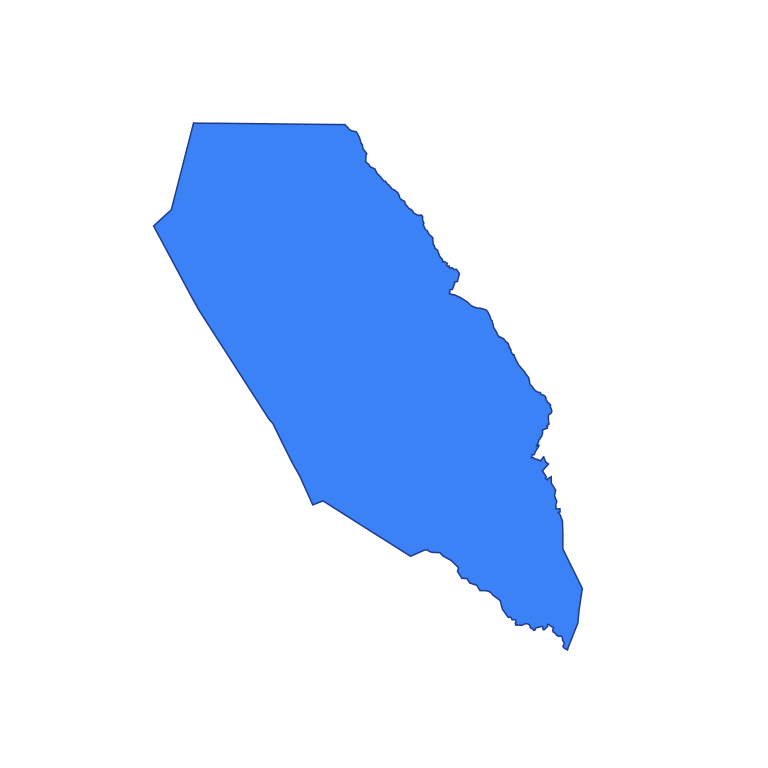 Santiago Tenango, Oaxaca, Mexico, rotated 145°
{"feature_id": "50627088B72964972747290", "entity_name": "Santiago Tenango", "entity_type": "district", "adm_level": 2, "iso_a3": "MEX", "parent_name": "Mexico", "parent_adm1": "Oaxaca", "projection": "orthographic", "projection_center": [-97.014, 17.298], "detail": "fine", "context": "isolated", "style": "filled", "palette": "blue", "viewbox_px": 768, "rotation_deg": 145, "n_neighbors": 0, "source": "geoboundaries", "source_scale": "gbopen_adm2", "svg_char_len": 3905}
<svg xmlns="http://www.w3.org/2000/svg" viewBox="0 0 768 768"><g transform="rotate(145 384 384)"><path d="M267.1,618.8L300.7,642.8L331.1,664.6L331.3,664.9L335.4,667.7L369.5,692.1L388.2,705.3L390.2,707.1L458.3,648.7L482.1,645.6L484.7,623.9L491.8,564.5L493.2,551.1L498.4,420.8L497.7,415.4L501.1,394.0L504.4,371.6L505.8,357.0L511.7,325.8L501.0,323.2L484.8,284.3L479.1,270.6L475.4,261.8L461.1,227.7L445.6,224.6L443.7,223.2L442.8,220.6L440.9,218.3L434.9,213.8L434.4,209.4L430.2,200.8L428.3,190.7L431.3,188.3L431.7,180.1L427.7,177.1L427.9,171.8L423.4,165.8L423.9,159.7L419.7,156.7L417.9,155.0L416.1,152.1L415.9,148.6L413.1,140.0L416.2,131.5L416.1,122.8L416.0,121.4L415.4,121.3L415.2,121.3L414.7,121.1L414.1,120.2L414.0,118.9L414.2,117.9L414.3,117.4L413.8,117.0L411.8,115.7L411.6,115.2L411.9,114.0L412.2,113.6L412.6,113.1L413.0,113.1L413.5,113.1L414.2,111.6L414.3,110.7L413.6,110.2L412.2,109.6L409.7,107.4L408.4,107.0L407.3,106.9L406.3,106.7L405.5,106.3L404.5,105.6L403.8,105.0L403.2,103.9L403.0,102.7L403.8,100.7L403.7,99.6L403.0,98.9L402.7,97.6L402.7,96.2L401.6,95.9L400.7,96.2L399.9,97.0L398.6,96.8L393.4,94.8L393.5,94.0L394.4,91.7L394.3,91.1L393.8,90.8L391.5,91.2L389.8,91.5L389.0,91.5L388.1,93.1L387.6,93.1L386.9,92.5L386.1,89.4L385.2,88.1L385.1,86.9L386.6,86.1L387.4,84.7L387.7,83.8L386.8,82.1L386.7,80.9L386.7,78.9L385.7,77.3L383.3,75.6L383.3,74.6L383.6,73.3L384.7,71.7L384.9,68.7L385.3,68.1L386.3,67.3L387.5,66.7L388.0,66.1L387.8,64.0L386.3,60.9L386.1,60.9L385.7,61.3L383.8,62.9L362.4,76.9L356.7,83.6L353.7,87.1L338.8,102.8L332.1,146.3L323.4,158.7L316.4,169.4L314.8,175.7L315.0,178.9L313.1,178.2L311.4,180.9L314.6,182.8L312.6,186.5L309.9,188.5L308.4,194.8L304.3,198.5L303.8,206.8L300.2,212.1L303.8,212.5L305.4,212.0L306.0,214.2L304.4,214.7L303.9,222.1L295.1,224.1L296.3,227.5L294.9,232.8L295.4,232.8L300.0,231.2L301.3,233.9L303.3,236.0L303.9,238.0L305.4,239.0L303.1,241.1L301.5,239.9L299.2,241.6L292.6,244.4L292.2,245.3L294.5,245.8L290.7,247.9L289.1,249.3L287.8,249.5L286.4,250.4L285.2,250.5L282.3,252.7L280.5,255.4L275.5,254.2L274.7,256.0L274.2,255.6L272.5,257.1L271.7,256.6L270.7,258.8L269.0,261.8L266.7,264.6L264.8,264.1L263.6,264.4L262.0,265.5L261.1,268.6L260.5,270.6L260.0,270.7L259.6,271.6L260.2,273.2L259.8,274.1L260.5,275.2L260.0,279.2L259.2,279.9L259.2,282.5L260.0,283.7L261.3,285.2L260.9,287.4L262.9,289.4L264.0,292.5L264.2,297.6L264.4,298.4L264.3,300.9L263.3,302.8L261.8,306.4L262.0,309.7L262.2,310.6L261.8,312.9L262.7,321.0L263.0,322.7L262.6,323.8L262.0,328.1L261.6,329.8L261.9,330.8L261.1,332.0L261.5,333.2L260.8,333.4L261.6,334.7L261.4,338.2L260.4,339.0L260.3,340.8L260.6,341.6L259.9,342.3L260.2,342.9L259.3,344.7L259.0,346.3L259.9,348.8L260.0,352.2L261.8,355.8L262.7,356.1L262.4,357.2L262.9,358.3L262.2,361.1L261.7,367.5L260.0,371.7L259.1,374.1L259.5,374.9L259.2,376.3L258.1,379.6L257.9,381.6L257.6,384.0L257.6,384.3L258.0,386.4L260.4,389.4L262.4,391.5L263.9,392.5L264.8,393.7L266.6,396.2L267.9,398.8L268.7,403.4L271.9,411.2L274.4,415.3L275.3,417.0L276.2,417.3L278.5,420.7L276.7,422.1L276.4,423.3L275.2,423.2L273.7,422.2L268.4,425.9L267.5,427.0L265.1,425.9L258.9,431.1L258.9,436.5L261.0,437.7L261.5,440.1L263.9,441.6L262.9,443.2L264.3,443.9L264.7,445.4L262.9,446.4L264.4,449.7L265.7,450.4L264.8,452.1L265.1,456.8L263.4,463.0L264.3,466.1L263.4,468.7L263.5,470.4L260.1,475.9L260.7,478.6L261.3,481.5L260.6,484.2L261.5,486.9L260.4,492.0L259.1,492.9L258.3,496.2L256.3,499.0L256.5,501.0L259.3,502.5L261.6,506.7L261.3,509.4L261.4,510.6L262.9,513.6L263.3,519.5L262.3,521.7L263.9,524.8L264.5,527.3L263.5,529.2L263.0,532.9L264.0,536.5L265.5,539.1L265.9,544.3L266.5,545.6L266.6,549.4L267.7,550.4L268.3,557.7L268.9,560.4L268.1,565.5L270.5,569.3L270.6,572.8L271.6,576.5L267.7,581.4L266.0,582.6L266.2,588.6L265.3,590.9L264.4,592.8L264.7,594.2L262.8,599.7L262.1,605.1L262.2,606.7L265.3,610.0L266.5,612.6L266.5,615.0L267.3,618.1L267.1,618.8Z" fill="#3b82f6" stroke="#1e3a8a" stroke-width="1.5"/></g></svg>